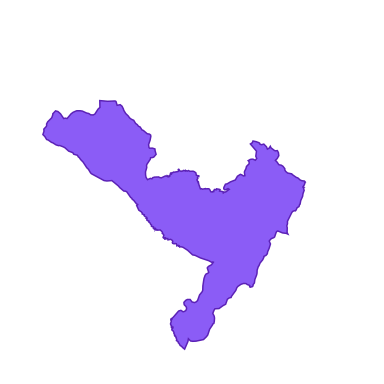 outline of Avrig, Sibiu, Romania, rotated 152°
{"feature_id": "2599482B88876011644537", "entity_name": "Avrig", "entity_type": "district", "adm_level": 2, "iso_a3": "ROU", "parent_name": "Romania", "parent_adm1": "Sibiu", "projection": "natural_earth1", "projection_center": [24.412, 45.689], "detail": "fine", "context": "isolated", "style": "filled", "palette": "violet", "viewbox_px": 384, "rotation_deg": 152, "n_neighbors": 0, "source": "geoboundaries", "source_scale": "gbopen_adm2", "svg_char_len": 6032}
<svg xmlns="http://www.w3.org/2000/svg" viewBox="0 0 384 384"><g transform="rotate(152 192 192)"><path d="M296.7,312.7L295.9,310.1L295.7,306.6L294.5,305.3L292.8,301.8L291.9,300.9L289.9,297.4L288.1,295.6L286.9,295.1L284.4,292.2L283.4,290.7L281.7,286.0L278.8,282.7L278.7,280.9L275.9,278.2L275.9,276.3L275.4,275.5L275.1,272.9L274.1,269.5L273.5,262.8L272.8,260.7L272.6,256.6L272.2,255.3L264.3,243.4L262.0,241.7L257.4,239.7L254.2,232.0L253.7,229.7L251.8,224.9L250.2,223.8L249.5,222.7L248.7,216.0L248.1,214.7L248.2,213.6L247.4,212.1L246.6,207.5L245.8,206.5L246.3,206.1L247.2,206.0L247.5,200.9L246.1,198.3L245.8,196.9L246.3,196.0L244.8,194.3L245.4,193.7L245.0,192.4L243.9,190.8L244.2,190.4L244.7,190.3L244.1,189.7L245.0,188.6L245.0,188.1L243.9,186.9L244.1,186.6L243.7,186.3L244.2,185.7L243.5,184.0L243.7,183.0L243.2,181.9L243.9,181.0L243.5,180.2L242.7,179.7L242.8,179.2L242.5,179.0L243.1,178.2L242.8,177.9L242.8,177.4L242.6,177.4L242.8,177.2L242.6,176.8L241.5,176.9L241.4,176.3L241.8,175.9L241.4,176.0L240.7,175.2L241.1,175.1L241.0,174.8L237.9,173.4L237.1,171.1L237.2,169.8L237.7,169.4L237.2,168.4L237.1,167.1L238.9,165.4L238.6,164.5L237.3,164.4L237.0,164.1L237.8,163.8L238.1,163.1L235.3,162.3L235.7,161.0L233.0,160.2L232.1,158.4L232.1,157.9L232.3,157.2L233.0,156.8L233.2,155.8L232.1,154.6L231.4,154.6L230.1,153.7L230.6,151.6L230.0,151.7L229.1,151.2L229.3,150.5L228.5,150.4L228.7,149.2L227.5,148.9L225.9,147.4L223.2,142.6L221.0,136.2L219.0,134.6L215.4,129.7L209.4,123.4L207.1,119.9L206.4,120.4L206.1,120.0L209.0,118.6L212.2,118.6L213.8,118.1L214.2,117.7L215.0,113.2L216.2,112.8L218.0,113.0L219.6,112.2L221.9,110.1L223.3,108.3L226.4,104.1L228.6,100.3L229.6,99.3L233.6,97.6L238.1,93.5L240.2,93.0L241.7,93.2L243.6,94.9L244.1,98.0L246.6,99.3L248.3,99.3L250.9,98.4L251.3,97.6L251.8,96.1L251.1,93.8L251.1,92.7L251.7,91.3L253.3,90.2L255.5,90.2L256.4,90.8L257.0,92.3L257.6,92.8L259.7,93.2L267.7,90.1L270.4,89.7L270.7,89.0L270.0,88.8L270.8,88.3L271.2,87.3L272.8,85.8L273.1,85.0L273.1,84.2L272.8,83.9L273.1,83.1L272.9,82.4L273.1,82.4L272.6,81.9L273.3,81.8L273.0,81.3L273.4,81.3L273.2,80.7L274.2,80.4L274.5,79.2L273.9,78.4L273.9,76.3L274.4,75.6L274.3,74.3L274.7,73.8L274.8,72.9L274.2,72.6L274.4,71.8L274.2,71.1L274.5,70.9L274.7,69.0L275.5,68.1L274.5,66.5L274.9,65.3L274.5,64.5L274.5,62.0L273.7,60.7L273.2,58.8L272.3,56.7L265.8,61.9L264.1,64.1L263.2,61.1L261.4,59.8L258.4,58.4L251.1,56.3L247.3,57.4L245.3,58.3L240.8,62.6L236.3,65.0L235.9,65.6L234.4,65.7L233.1,67.2L231.3,70.1L230.7,71.9L230.6,75.1L228.0,77.3L226.5,78.1L222.9,76.4L218.0,77.1L215.0,77.1L211.1,80.7L208.8,81.0L207.0,80.5L206.0,81.4L199.6,84.5L197.3,86.5L195.8,87.1L192.0,87.5L189.3,87.0L187.2,85.7L186.7,84.4L185.3,82.9L185.0,82.1L185.6,81.3L185.3,80.6L183.2,80.1L182.3,80.4L181.4,81.6L179.6,82.4L177.7,85.1L173.8,88.5L172.7,89.8L171.2,92.4L168.3,95.2L167.7,95.3L165.3,97.3L161.3,99.0L159.1,100.7L158.8,101.4L156.4,101.3L154.5,102.1L153.3,103.7L150.5,105.9L147.1,109.3L146.9,112.2L146.5,112.7L143.8,113.6L141.3,113.3L140.2,113.5L136.9,116.6L135.9,117.3L134.9,117.4L134.1,116.8L131.3,113.4L128.2,111.2L127.1,109.8L127.0,111.7L124.7,115.7L124.2,117.6L122.6,119.1L121.5,121.3L113.4,127.1L112.0,127.6L110.1,127.3L109.6,126.8L108.9,127.0L106.5,128.8L104.4,128.9L102.8,130.5L102.3,130.5L100.0,133.4L96.4,136.2L94.8,138.4L92.2,140.8L91.8,142.8L91.5,143.3L91.2,143.3L91.8,144.1L91.6,144.5L90.8,144.5L90.5,145.2L89.7,145.4L88.1,146.9L88.1,147.3L87.3,147.5L87.6,148.9L89.7,150.4L90.8,151.7L91.9,154.7L93.1,156.0L95.3,160.4L95.4,161.2L98.7,163.9L99.6,166.2L99.7,167.9L99.1,169.0L99.6,172.0L100.6,173.8L102.4,175.2L102.6,176.0L102.8,178.3L103.5,180.8L101.1,181.5L98.3,183.3L97.2,186.2L97.2,188.5L99.1,189.2L99.8,190.1L101.5,193.9L101.4,195.6L103.3,194.5L105.3,194.5L105.0,196.9L106.1,200.6L108.4,201.1L109.5,202.2L109.4,203.5L110.0,204.4L111.8,206.4L114.2,208.4L115.6,207.2L117.9,207.0L115.9,197.8L118.9,193.6L119.1,191.2L121.2,190.3L122.6,192.2L123.5,192.8L125.2,193.4L127.7,193.3L127.4,192.3L127.8,190.9L128.4,190.1L131.9,189.0L133.4,187.3L135.7,185.7L136.4,185.0L137.7,181.6L139.1,182.1L140.0,183.8L141.0,184.9L144.5,184.6L148.1,182.3L153.3,182.9L157.0,182.7L158.8,183.2L161.7,181.1L162.4,180.1L162.4,179.5L162.2,178.7L161.2,178.2L158.6,178.1L157.9,176.9L162.2,176.2L163.2,176.7L164.8,176.5L164.4,177.7L167.2,179.9L166.1,181.0L166.8,181.7L168.9,183.3L169.6,182.6L171.0,183.7L172.8,182.5L172.5,182.3L172.7,182.1L173.7,182.8L174.1,182.5L175.3,183.4L175.2,185.6L175.4,186.6L175.8,187.1L178.9,188.6L178.8,188.8L181.5,189.6L181.9,190.4L183.1,190.8L182.4,195.5L181.8,197.4L182.2,197.2L181.9,200.5L180.5,201.2L180.5,202.0L179.2,202.9L178.7,202.5L178.4,203.1L180.3,204.6L179.6,207.2L180.4,208.8L181.2,209.8L184.2,211.3L185.0,212.6L186.4,212.7L186.8,213.3L187.9,213.6L187.7,214.2L188.4,214.2L189.5,215.1L190.4,214.8L191.1,215.3L191.9,215.3L192.9,216.5L192.9,218.1L193.2,218.4L193.6,218.3L193.8,217.1L194.6,216.6L198.3,217.8L199.0,218.3L199.8,218.1L200.7,218.5L201.5,217.7L202.1,218.7L202.6,218.2L202.7,217.4L204.3,217.2L204.4,216.3L205.3,216.3L206.0,216.6L205.8,217.3L206.3,218.2L206.8,217.8L208.0,218.7L212.5,218.9L213.9,220.1L214.3,220.9L218.0,222.7L219.9,223.1L221.2,222.5L222.4,223.6L225.5,223.8L225.7,226.6L225.0,228.8L223.6,231.6L220.5,234.8L219.7,236.7L219.0,237.5L213.5,240.5L212.5,241.7L210.5,240.9L209.3,240.8L206.0,242.1L205.2,245.8L204.5,247.4L206.2,249.2L208.9,250.6L209.1,251.4L208.1,254.2L204.6,257.5L202.2,260.5L201.8,261.7L202.4,263.1L204.2,264.5L206.0,269.1L207.0,270.3L207.3,273.8L208.4,275.2L208.7,277.2L209.6,279.0L209.8,282.7L211.3,284.6L212.3,286.7L212.6,289.1L213.7,292.5L213.9,296.3L213.6,297.4L213.5,300.6L214.4,302.8L217.4,303.7L216.6,307.6L217.2,308.5L223.9,311.7L230.5,316.0L233.6,309.9L236.0,309.3L241.2,306.4L243.0,306.4L245.2,307.7L246.3,309.8L248.0,311.2L250.8,314.9L252.7,316.3L255.8,317.9L259.5,318.2L262.1,317.8L267.8,315.5L269.2,316.7L270.8,317.1L271.4,322.8L272.6,326.0L274.4,327.7L278.2,326.4L278.7,325.5L281.0,323.4L286.5,321.7L288.5,320.3L289.0,319.1L289.8,318.3L293.3,317.1L294.2,315.1L296.7,312.7Z" fill="#8b5cf6" stroke="#5b21b6" stroke-width="1.5"/></g></svg>